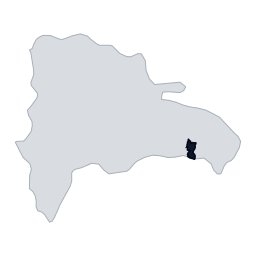 Ramón Santana, San Pedro de Macorís, Dominican Republic (highlighted)
{"feature_id": "3306468B54245916691578", "entity_name": "Ramón Santana", "entity_type": "district", "adm_level": 2, "iso_a3": "DOM", "parent_name": "Dominican Republic", "parent_adm1": "San Pedro de Macorís", "projection": "equal_earth", "projection_center": [-69.151, 18.515], "detail": "fine", "context": "in_parent", "style": "filled", "palette": "ink", "viewbox_px": 256, "rotation_deg": 0, "n_neighbors": 0, "source": "geoboundaries", "source_scale": "gbopen_adm2", "svg_char_len": 3825}
<svg xmlns="http://www.w3.org/2000/svg" viewBox="0 0 256 256"><path d="M29.4,188.7L29.7,175.0L31.4,169.5L29.9,163.7L23.1,157.5L19.0,149.5L15.4,142.4L16.2,141.4L23.6,141.1L26.2,138.5L31.2,131.3L32.3,125.5L31.9,121.1L28.7,115.8L27.4,110.3L31.5,105.5L36.7,98.4L37.5,95.7L37.3,93.1L31.3,85.6L30.9,82.5L33.8,74.4L33.5,69.1L30.8,52.5L29.5,50.0L32.2,48.6L34.0,43.7L36.4,39.3L39.6,36.9L43.1,35.4L50.3,35.5L60.1,39.4L62.9,39.3L72.3,35.8L80.2,33.9L87.5,36.1L90.5,39.1L96.6,43.8L99.6,45.3L109.2,45.2L111.9,45.6L119.9,53.5L126.7,56.6L130.7,56.8L137.7,53.7L141.3,53.8L145.3,60.6L146.0,70.2L149.4,78.9L154.6,84.5L180.0,82.2L185.7,86.8L183.7,90.6L180.1,92.6L168.0,91.7L162.7,92.2L161.7,96.0L161.6,99.5L168.7,100.3L175.7,102.1L182.7,104.9L189.9,106.9L198.0,108.1L206.0,110.2L219.4,117.1L234.1,132.8L238.0,136.4L240.6,141.3L239.4,147.4L234.2,157.3L231.2,160.5L226.8,162.5L223.9,166.6L221.0,173.5L219.2,174.1L217.2,173.8L213.6,169.9L211.1,163.8L204.0,158.1L195.5,158.9L183.1,155.5L175.5,157.1L168.0,157.5L160.3,155.8L152.5,155.2L144.8,157.3L137.3,161.0L134.5,163.3L129.7,169.0L127.1,171.1L108.8,173.9L103.6,169.8L98.7,164.1L91.7,163.3L81.5,167.7L75.1,169.3L72.5,171.2L71.7,173.3L71.7,181.3L70.2,186.1L60.2,204.4L54.5,217.3L52.2,221.2L49.5,222.1L44.7,214.7L41.6,212.0L37.7,210.7L36.1,206.7L36.2,201.1L35.2,195.7L32.8,191.5L29.4,188.7Z" fill="#d9dde1" stroke="#a8b0b8" stroke-width="1"/><path d="M188.6,139.3L188.4,139.4L188.3,139.5L188.2,140.1L188.1,140.5L188.1,140.8L188.1,141.3L188.1,141.5L187.6,141.9L187.6,142.0L187.5,142.5L187.4,143.0L187.4,143.9L187.3,144.0L187.1,144.6L187.0,144.8L187.0,145.0L187.1,145.3L187.0,145.8L186.9,146.1L186.8,146.4L186.7,146.8L186.6,147.0L186.9,146.9L187.1,146.8L187.3,146.8L187.4,147.0L187.4,149.6L187.4,149.8L187.4,150.0L187.6,150.1L187.8,150.2L188.2,150.3L188.4,150.4L188.5,150.4L188.8,150.3L189.0,150.3L189.4,150.2L189.6,150.2L189.7,150.3L189.8,150.4L189.7,151.1L189.7,151.3L189.4,151.5L189.0,151.7L188.8,151.9L188.4,152.4L188.2,152.7L188.0,153.1L187.8,153.5L187.6,153.9L187.6,154.1L187.5,154.6L187.6,154.8L187.8,154.8L187.8,155.0L187.8,155.3L187.9,155.5L188.0,155.6L188.0,155.8L188.1,156.0L187.9,156.2L187.8,156.3L187.9,156.5L188.0,156.5L188.2,156.8L188.3,156.8L188.4,157.0L188.5,157.0L188.8,157.2L188.9,157.3L189.0,157.3L189.3,157.3L189.3,157.5L189.5,157.6L189.8,157.7L189.8,157.8L190.0,157.8L190.3,157.9L190.3,158.0L190.5,158.0L190.8,158.1L191.0,158.2L191.2,158.3L191.3,158.3L191.5,158.4L192.1,158.4L192.3,158.4L192.4,158.5L192.6,158.5L192.6,158.4L192.7,158.5L192.8,158.5L193.0,158.6L193.2,158.8L193.3,158.8L193.5,158.9L193.5,159.0L193.8,159.1L194.0,159.1L194.2,159.3L194.3,159.3L194.5,159.1L194.7,158.8L194.9,158.7L195.0,158.5L195.0,158.1L194.9,157.7L194.9,157.3L194.9,157.2L195.0,157.1L195.2,156.9L195.2,156.7L195.1,156.4L194.9,156.3L194.8,156.0L194.8,155.8L194.8,155.7L195.0,155.5L195.0,155.4L194.9,155.3L194.9,155.1L194.6,154.9L194.5,154.7L194.5,154.3L194.4,154.2L194.1,154.0L194.0,153.9L193.6,153.4L193.3,153.3L193.3,153.2L193.2,153.1L193.2,152.8L193.2,152.7L192.9,152.5L192.9,152.3L192.8,152.2L193.0,151.8L193.1,151.6L193.2,151.4L193.3,151.1L193.5,151.0L193.5,150.9L193.6,150.5L193.8,150.0L193.9,149.8L194.1,149.7L194.3,149.5L194.4,149.4L194.6,149.1L194.7,148.9L194.7,148.7L194.9,148.2L195.0,148.1L195.2,147.7L195.0,147.3L195.0,147.1L195.1,146.9L195.2,146.6L195.2,146.4L195.1,146.0L195.1,145.8L195.1,145.5L195.1,145.2L195.1,144.8L195.1,144.6L195.1,144.4L195.8,144.0L195.8,143.9L195.9,143.7L195.8,143.4L195.9,143.1L195.9,142.9L195.7,142.8L193.4,142.8L193.0,142.6L192.9,142.6L192.6,142.6L192.0,142.6L191.8,142.6L191.5,142.7L191.3,142.8L191.1,143.0L190.9,143.2L190.8,143.3L190.8,143.2L190.7,143.2L190.7,142.8L190.8,142.6L190.8,142.4L190.7,142.2L190.5,141.8L190.5,141.3L190.4,141.2L189.4,140.4L189.0,140.0L188.8,139.7L188.7,139.5L188.6,139.3Z" fill="#0f172a" stroke="#020617" stroke-width="1.5"/></svg>